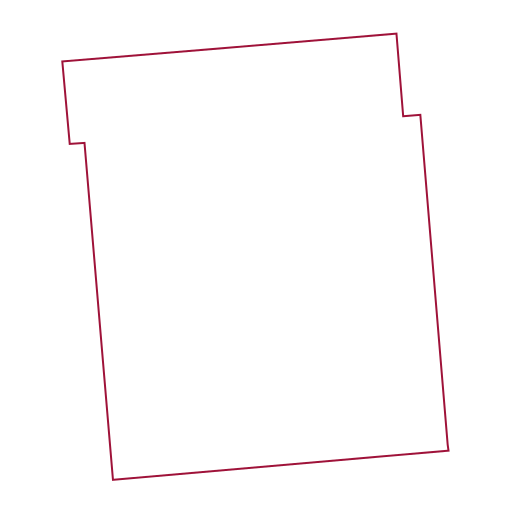 Steele, North Dakota, United States of America, rotated 175°
{"feature_id": "52423323B76546880879751", "entity_name": "Steele", "entity_type": "district", "adm_level": 2, "iso_a3": "USA", "parent_name": "United States of America", "parent_adm1": "North Dakota", "projection": "mercator", "projection_center": [-97.732, 47.456], "detail": "fine", "context": "isolated", "style": "outline", "palette": "rose", "viewbox_px": 512, "rotation_deg": 175, "n_neighbors": 0, "source": "geoboundaries", "source_scale": "gbopen_adm2", "svg_char_len": 312}
<svg xmlns="http://www.w3.org/2000/svg" viewBox="0 0 512 512"><g transform="rotate(175 256 256)"><path d="M264.6,465.9L432.0,466.7L431.8,383.9L417.0,383.6L418.0,45.5L402.5,45.5L148.5,45.4L81.2,45.3L81.5,51.4L80.0,382.3L97.2,382.4L96.7,465.3L264.6,465.9Z" fill="none" stroke="#9f1239" stroke-width="2"/></g></svg>